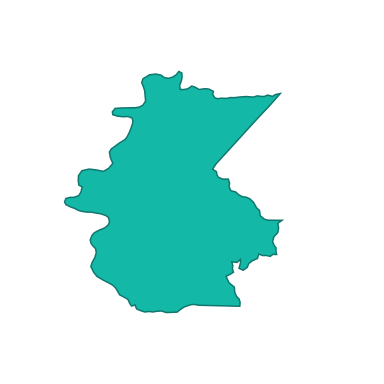 the district of São Pedro do Ivaí, Paraná, Brazil, rotated 61°
{"feature_id": "56859067B83474716083544", "entity_name": "São Pedro do Ivaí", "entity_type": "district", "adm_level": 2, "iso_a3": "BRA", "parent_name": "Brazil", "parent_adm1": "Paraná", "projection": "equal_earth", "projection_center": [-51.879, -23.83], "detail": "fine", "context": "isolated", "style": "filled", "palette": "teal", "viewbox_px": 384, "rotation_deg": 61, "n_neighbors": 0, "source": "geoboundaries", "source_scale": "gbopen_adm2", "svg_char_len": 2489}
<svg xmlns="http://www.w3.org/2000/svg" viewBox="0 0 384 384"><g transform="rotate(61 192 192)"><path d="M148.7,67.1L147.2,71.8L147.4,75.2L143.9,78.9L143.5,82.4L141.7,85.5L139.6,88.2L138.7,92.4L134.9,98.1L132.1,104.1L130.0,109.3L128.0,112.6L126.9,116.4L124.1,121.0L122.8,124.4L120.6,126.4L116.7,126.6L114.4,124.5L110.3,127.2L108.1,130.2L105.8,136.1L101.9,138.4L99.2,140.8L99.7,145.7L98.4,149.5L96.7,152.5L93.0,151.3L89.6,147.4L86.9,145.1L83.1,143.2L80.2,145.0L81.9,149.3L82.1,153.2L81.2,157.4L78.6,160.7L74.8,162.4L71.3,166.4L68.9,172.4L69.2,179.9L71.8,182.9L76.4,183.5L80.5,184.3L89.9,188.5L92.2,192.7L92.2,196.6L90.9,200.5L88.2,205.6L84.3,213.0L81.6,218.7L83.3,222.8L86.0,223.8L89.6,220.3L92.6,216.1L95.0,211.3L98.3,208.6L101.2,209.2L103.9,211.3L109.2,217.5L112.2,221.9L113.6,224.9L113.9,231.1L115.2,241.6L116.9,244.8L121.8,246.6L124.8,247.0L128.6,247.4L130.9,253.4L131.0,259.5L125.8,265.6L122.0,271.0L120.0,278.0L122.7,283.4L127.3,286.2L131.3,287.6L134.2,285.6L138.1,289.0L140.3,292.9L139.3,298.2L137.7,300.9L136.5,305.4L138.9,308.3L141.9,308.4L146.3,305.4L149.3,302.7L153.1,300.2L155.8,297.4L158.8,293.5L160.6,290.1L164.7,285.2L166.6,282.6L170.8,278.8L173.8,277.4L178.1,278.6L180.1,281.0L181.1,285.7L180.3,292.4L180.3,297.1L181.5,300.5L184.6,304.3L187.9,305.2L190.7,304.9L194.9,303.8L198.7,305.2L201.9,308.3L205.0,313.2L208.1,316.6L214.7,316.9L219.9,316.0L226.3,312.2L232.1,308.3L235.5,306.3L238.7,305.4L242.0,305.2L246.8,305.2L251.6,302.0L254.9,300.1L259.3,300.5L262.4,300.2L263.1,296.7L267.5,297.1L270.7,294.6L274.0,291.5L275.7,287.5L278.0,284.3L279.3,280.5L281.2,276.5L285.0,272.9L289.9,263.1L289.1,259.5L288.8,254.2L290.0,247.6L291.5,244.4L294.1,241.3L296.2,237.8L315.1,205.6L311.8,203.4L308.1,202.7L305.0,203.7L300.4,203.2L295.7,201.1L289.4,203.6L285.7,203.4L282.2,203.0L282.5,199.0L282.3,194.6L278.8,193.9L276.1,192.0L272.4,191.0L275.4,186.8L274.5,182.4L277.6,184.0L281.5,187.9L285.2,185.2L284.7,180.3L282.1,177.0L281.4,172.3L281.9,167.0L278.6,163.7L281.8,161.1L283.5,157.8L286.2,154.9L285.8,151.4L287.7,148.3L284.3,147.2L281.5,145.5L278.8,146.1L274.3,145.5L270.9,142.1L269.1,136.7L265.5,133.7L261.0,132.1L260.4,127.0L253.7,138.9L250.9,141.9L245.7,143.8L240.9,141.9L237.2,143.2L231.0,143.2L226.3,144.6L223.1,146.8L220.5,150.2L217.0,152.5L213.1,153.8L209.7,157.4L205.0,156.9L202.6,154.9L198.3,154.0L195.6,158.9L191.8,161.9L189.0,161.8L186.0,160.8L182.0,162.9L179.1,157.4L164.4,113.8L158.4,95.9L154.4,83.1L148.7,67.1Z" fill="#14b8a6" stroke="#0f766e" stroke-width="1.5"/></g></svg>